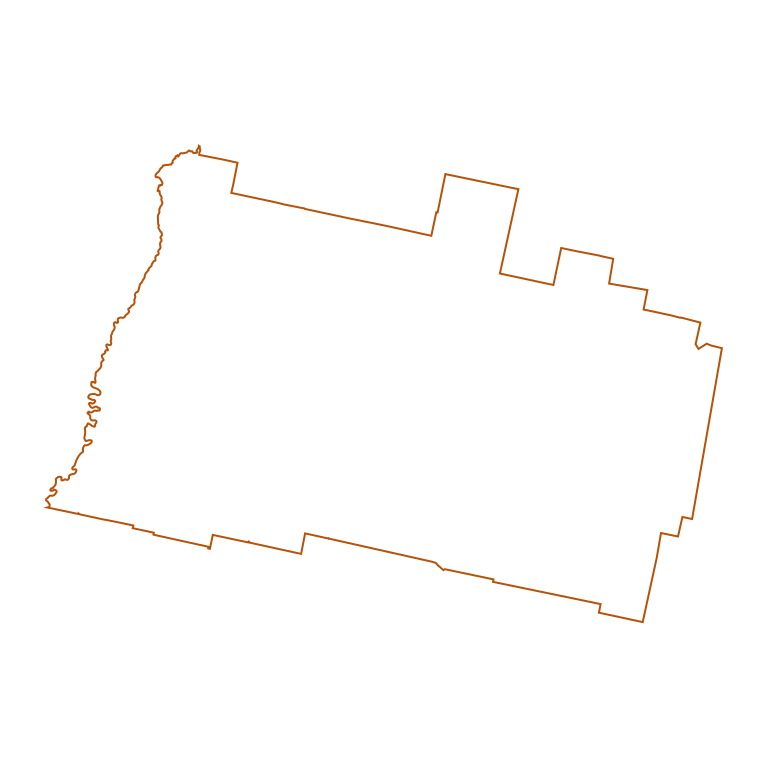 outline of Cruz Alta, Tucumán, Argentina
{"feature_id": "61730980B32203515925344", "entity_name": "Cruz Alta", "entity_type": "district", "adm_level": 2, "iso_a3": "ARG", "parent_name": "Argentina", "parent_adm1": "Tucumán", "projection": "orthographic", "projection_center": [-65.189, -26.91], "detail": "fine", "context": "isolated", "style": "outline", "palette": "amber", "viewbox_px": 768, "rotation_deg": 0, "n_neighbors": 0, "source": "geoboundaries", "source_scale": "gbopen_adm2", "svg_char_len": 5925}
<svg xmlns="http://www.w3.org/2000/svg" viewBox="0 0 768 768"><path d="M721.9,348.2L711.1,345.5L706.7,343.7L698.5,348.9L695.6,344.2L700.4,322.6L680.9,317.5L680.3,317.8L671.6,315.5L643.6,309.5L647.4,290.1L609.1,283.6L613.2,258.8L600.1,255.9L599.9,255.7L577.5,251.4L561.2,248.0L553.4,285.0L499.9,273.5L518.4,189.2L445.4,174.1L437.6,212.5L436.3,212.3L431.3,235.8L387.8,226.2L370.7,222.7L361.4,220.9L360.9,220.7L350.7,218.7L304.8,208.9L304.6,208.5L284.8,204.6L275.5,202.3L231.3,192.9L233.1,185.2L237.5,162.7L221.8,159.3L199.2,154.9L199.5,151.9L200.1,151.2L200.2,149.6L199.6,147.7L199.8,146.5L198.9,145.9L198.9,146.7L198.3,148.2L197.6,148.9L196.6,150.8L196.6,151.2L197.1,152.1L196.9,152.7L193.8,153.1L192.9,152.6L192.3,151.3L190.3,151.3L189.6,150.7L189.0,150.5L187.7,151.6L187.0,152.4L182.7,153.4L181.6,153.1L180.3,153.5L179.9,154.2L178.3,156.4L177.9,156.4L177.9,155.7L177.5,155.3L176.8,155.9L175.7,156.4L175.5,157.0L175.5,158.4L175.3,158.5L174.5,158.5L174.1,159.2L173.0,160.3L172.6,161.2L172.7,162.6L172.3,162.7L172.1,163.2L171.4,163.8L171.3,164.5L169.0,164.6L168.1,165.0L166.9,164.8L165.7,165.2L165.1,165.1L164.4,165.2L163.8,165.6L163.2,165.5L162.3,167.1L160.5,168.5L159.0,171.3L156.3,173.8L155.5,175.2L155.5,176.2L156.0,177.1L156.4,177.3L157.3,177.1L158.8,177.5L160.0,178.5L161.8,181.4L162.4,182.7L162.4,183.5L162.1,184.6L161.8,185.0L160.7,184.9L160.2,185.6L159.3,185.3L158.7,186.5L158.0,189.6L158.0,190.4L157.7,190.8L158.4,191.3L159.3,190.9L159.5,191.1L159.7,191.9L159.7,193.3L160.0,194.3L160.7,195.7L161.1,196.0L161.6,197.4L161.7,198.3L161.3,199.3L161.3,199.7L162.4,202.7L161.6,205.2L160.3,206.7L159.9,208.1L159.3,209.1L159.4,212.6L158.3,214.7L157.8,216.4L158.2,224.3L158.9,225.4L158.5,226.6L158.4,227.9L160.3,231.3L160.9,232.0L161.5,232.3L161.9,233.8L161.8,235.5L161.4,236.1L160.7,236.7L160.4,237.4L160.7,238.3L161.4,239.2L161.5,240.9L160.5,242.1L160.1,243.7L160.0,244.5L160.5,246.7L160.4,248.0L159.9,248.9L158.7,250.1L158.2,251.5L158.7,253.6L158.6,253.9L158.0,254.8L156.8,255.2L156.0,255.9L155.5,256.9L155.3,257.9L155.5,260.4L155.1,260.8L153.8,261.2L153.5,261.5L151.9,264.1L151.7,264.8L151.7,265.3L151.4,265.9L149.3,268.1L148.4,269.4L148.6,269.9L148.4,270.2L145.8,273.2L144.9,275.1L144.6,276.4L144.7,277.0L144.3,278.1L142.8,280.2L141.8,282.4L140.5,283.6L140.0,284.3L138.4,290.6L137.8,291.6L137.1,292.1L136.5,292.2L135.7,293.0L134.9,294.4L134.9,295.3L135.4,296.9L134.2,300.2L134.5,300.9L134.5,302.9L134.2,303.7L133.2,304.9L131.5,305.7L130.4,307.4L128.6,308.7L128.2,309.2L129.0,311.2L129.1,311.9L127.6,313.8L125.7,315.1L125.2,316.3L124.4,317.2L123.1,317.8L121.9,317.7L121.2,317.5L120.2,317.6L118.6,318.2L118.1,318.5L117.8,319.5L117.8,320.4L118.1,321.5L117.8,322.6L117.4,322.8L116.6,322.9L116.3,322.4L115.4,322.1L114.6,322.4L114.0,323.0L113.9,325.0L114.6,326.7L114.7,327.7L114.2,329.5L112.6,331.6L112.0,333.5L111.1,335.6L111.0,337.3L111.2,338.0L111.3,339.0L110.8,340.5L110.7,341.5L111.3,343.0L110.9,344.6L110.5,345.0L110.0,345.1L108.6,344.9L107.5,344.4L106.8,344.5L106.4,344.9L106.3,346.1L107.7,349.1L107.9,349.9L107.7,350.4L107.4,350.4L106.3,350.2L105.7,350.4L105.1,351.5L105.3,352.1L105.2,352.7L104.1,353.8L102.3,354.8L101.8,355.7L102.1,357.3L103.1,358.8L103.5,359.5L103.5,360.1L102.3,361.1L101.3,362.4L101.2,364.8L101.3,365.7L101.1,366.4L100.5,367.7L99.9,368.6L98.4,369.9L97.6,371.2L96.4,371.9L95.9,372.5L95.5,374.8L95.7,375.3L95.0,378.5L95.3,379.8L95.5,382.5L95.2,382.8L94.5,382.7L93.1,381.8L92.4,382.1L91.7,382.0L91.4,382.3L91.2,384.9L91.4,385.6L91.7,386.1L93.2,387.3L97.6,389.0L98.3,389.5L100.1,391.3L100.5,392.7L100.2,394.1L99.1,395.0L98.3,395.2L97.2,395.1L94.4,393.9L90.7,394.3L89.8,394.6L89.0,395.4L88.3,396.8L88.3,397.5L89.0,398.5L90.8,399.1L92.1,399.8L94.2,400.0L94.9,400.5L95.2,401.1L95.1,401.6L94.3,402.7L92.8,403.6L92.1,403.6L90.6,402.8L89.6,403.0L89.1,403.3L89.0,403.7L89.1,404.3L90.7,407.0L91.6,407.6L92.7,407.9L94.1,407.3L95.0,406.7L96.4,406.6L97.3,407.0L97.7,407.6L99.0,407.9L99.8,408.4L100.0,409.0L99.8,410.0L99.2,410.6L98.0,410.4L97.6,410.7L96.7,410.9L95.7,410.6L94.4,410.7L93.5,411.1L92.6,412.0L91.1,412.5L90.1,412.4L88.9,411.6L88.2,412.0L87.6,412.7L87.6,413.3L88.9,414.3L90.0,415.6L90.2,416.2L90.3,418.5L91.1,419.9L91.9,420.4L92.8,420.5L95.2,420.3L96.1,420.8L96.5,421.6L96.5,422.1L96.1,423.0L95.2,424.2L95.0,426.2L94.6,426.6L93.8,426.6L92.9,426.2L92.2,426.0L90.3,424.5L89.4,424.2L88.5,423.5L88.0,423.4L87.2,424.6L86.6,426.5L85.6,426.8L84.9,428.1L85.2,431.8L85.1,434.1L84.3,438.2L85.3,440.5L85.6,440.9L86.4,441.0L88.8,440.2L90.6,440.2L91.2,440.4L91.7,440.9L91.8,441.8L90.8,443.1L88.3,444.8L86.6,445.4L84.8,445.2L84.0,445.9L83.1,447.8L82.9,449.3L83.1,450.9L82.9,451.8L80.7,453.6L78.9,455.6L76.3,460.3L75.6,462.7L74.5,465.6L72.5,467.4L72.2,468.6L72.8,469.4L73.8,469.5L75.7,469.3L76.3,469.9L76.3,471.1L75.3,473.0L74.0,473.8L71.5,474.3L69.8,475.1L69.2,475.7L69.1,476.2L68.9,477.0L69.1,477.7L68.8,478.6L68.0,479.6L67.2,479.9L64.9,479.3L63.1,480.3L62.3,480.5L61.8,480.4L61.5,480.2L61.4,479.7L61.5,477.5L61.1,477.0L60.5,476.8L59.7,476.7L58.1,477.1L56.9,477.9L56.2,478.5L55.9,479.4L56.0,482.5L55.3,485.2L52.9,487.8L51.2,488.5L50.4,489.6L50.3,490.1L50.5,490.5L51.4,490.9L52.9,490.6L54.0,489.6L54.5,489.7L55.7,490.2L56.4,490.7L56.6,491.3L56.6,491.9L55.2,494.1L54.1,495.2L52.2,495.8L50.6,495.6L49.8,495.8L48.3,497.1L47.9,497.7L46.2,498.9L46.1,499.7L46.2,500.5L47.8,501.7L48.4,502.8L49.1,503.6L49.7,504.9L49.5,506.3L48.9,507.0L47.3,507.5L78.4,514.0L78.5,513.4L80.0,514.4L80.4,514.5L105.4,519.9L105.7,519.8L111.7,521.0L133.4,525.5L132.7,528.2L153.8,532.7L153.4,534.4L153.5,534.7L208.5,546.8L208.2,548.4L209.9,548.8L212.8,534.9L248.0,542.4L248.7,541.5L249.1,541.7L249.0,542.5L301.1,553.9L305.1,533.4L326.9,538.2L328.0,538.3L328.4,538.6L328.6,538.3L329.3,538.7L432.3,561.8L435.8,562.9L438.3,565.8L439.1,566.3L443.4,570.1L444.8,569.2L493.5,579.4L493.1,581.9L600.6,604.1L598.9,612.7L642.7,622.1L656.7,558.0L661.0,533.0L678.0,536.5L682.4,517.0L692.1,519.0L721.9,348.2Z" fill="none" stroke="#b45309" stroke-width="2"/></svg>